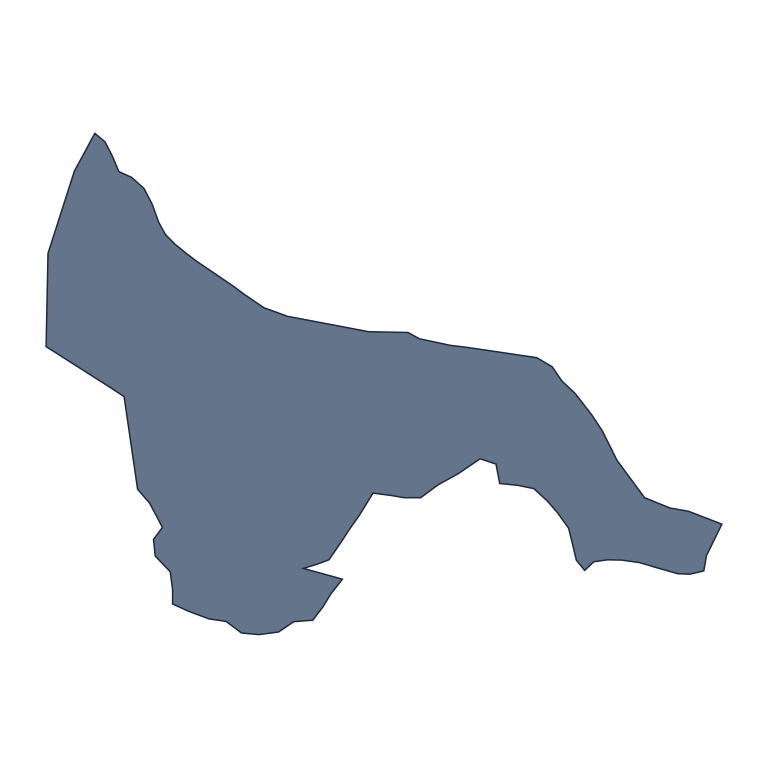 the district of Propriá, Sergipe, Brazil
{"feature_id": "56859067B53769689162017", "entity_name": "Propriá", "entity_type": "district", "adm_level": 2, "iso_a3": "BRA", "parent_name": "Brazil", "parent_adm1": "Sergipe", "projection": "albers", "projection_center": [-36.788, -10.237], "detail": "fine", "context": "isolated", "style": "filled", "palette": "slate", "viewbox_px": 768, "rotation_deg": 0, "n_neighbors": 0, "source": "geoboundaries", "source_scale": "gbopen_adm2", "svg_char_len": 1220}
<svg xmlns="http://www.w3.org/2000/svg" viewBox="0 0 768 768"><path d="M644.6,497.7L617.0,460.3L602.4,431.0L591.7,414.8L575.0,393.3L561.9,381.0L552.2,366.8L536.8,357.7L467.2,347.4L450.0,345.3L419.4,338.8L408.0,332.5L368.5,331.7L287.4,316.3L263.8,307.7L243.9,294.1L234.5,287.0L208.9,269.6L196.2,261.0L186.0,253.2L175.1,244.3L165.4,234.5L158.7,222.3L152.2,204.2L144.0,188.5L131.6,177.4L118.9,171.6L112.4,156.2L105.0,141.8L94.8,133.4L74.4,171.1L48.0,253.4L46.1,346.6L111.2,388.1L124.1,396.6L137.6,489.3L149.5,503.0L156.7,516.4L162.4,527.5L153.5,539.3L155.2,556.0L170.2,571.7L172.6,589.6L172.6,604.0L188.6,611.3L208.9,618.9L226.1,621.4L241.5,633.0L258.9,634.6L278.5,632.0L293.7,621.7L312.8,620.2L323.0,606.8L330.7,594.1L342.4,579.2L303.4,568.4L316.8,564.3L329.0,559.8L342.1,540.6L349.3,529.5L359.5,515.1L373.0,493.1L392.1,495.6L404.0,497.7L420.7,497.7L438.1,484.8L458.2,473.7L480.1,458.8L496.0,464.1L499.7,483.5L517.6,485.3L533.8,488.6L547.2,500.9L557.4,512.6L568.6,528.2L572.5,543.9L576.3,560.1L584.7,570.4L593.7,561.8L607.6,559.8L621.7,560.1L639.6,562.6L657.3,567.9L677.7,573.7L689.8,574.2L703.8,570.9L706.5,555.5L721.9,524.2L688.6,511.3L670.0,508.0L644.6,497.7Z" fill="#64748b" stroke="#1e293b" stroke-width="1.5"/></svg>